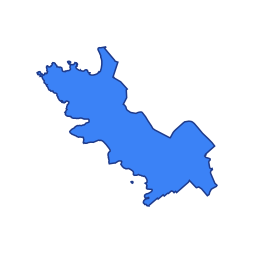 Randwick, New South Wales, Australia (orthographic projection), rotated 129°
{"feature_id": "25037944B39404082196295", "entity_name": "Randwick", "entity_type": "district", "adm_level": 2, "iso_a3": "AUS", "parent_name": "Australia", "parent_adm1": "New South Wales", "projection": "orthographic", "projection_center": [151.246, -33.946], "detail": "fine", "context": "isolated", "style": "filled", "palette": "blue", "viewbox_px": 256, "rotation_deg": 129, "n_neighbors": 0, "source": "geoboundaries", "source_scale": "gbopen_adm2", "svg_char_len": 5984}
<svg xmlns="http://www.w3.org/2000/svg" viewBox="0 0 256 256"><g transform="rotate(129 128 128)"><path d="M97.5,170.7L97.9,171.7L83.2,177.3L84.2,180.1L83.8,181.0L81.7,192.0L80.6,197.1L79.4,196.1L79.1,196.5L82.8,199.7L83.7,200.9L84.5,201.3L85.0,201.3L86.0,200.6L87.4,197.6L88.9,194.8L90.2,193.6L91.0,192.2L92.3,190.6L95.0,188.4L98.3,186.4L101.3,185.2L102.0,185.3L102.4,185.8L102.9,185.5L103.1,185.6L102.9,186.0L103.1,186.0L103.4,185.6L103.8,185.9L105.0,186.0L105.8,186.3L107.4,187.3L108.8,188.4L110.0,189.9L110.6,191.7L109.9,192.6L109.6,192.7L109.2,192.2L109.0,192.3L109.8,193.3L109.6,194.7L108.8,195.7L109.0,196.3L108.8,196.5L109.0,197.1L109.8,197.8L111.6,198.2L112.2,198.8L113.0,200.5L112.9,201.2L113.2,201.0L113.8,202.1L114.2,204.5L114.1,205.5L113.9,206.3L113.2,207.0L112.8,207.0L112.0,206.5L111.4,207.2L110.8,207.1L110.2,207.4L110.1,207.6L111.1,207.6L110.3,208.2L110.3,208.6L110.1,208.6L109.8,209.1L110.3,209.8L110.5,210.4L112.1,210.1L113.2,210.4L115.0,212.7L114.8,213.3L114.1,214.0L113.5,214.3L113.2,213.9L112.9,214.2L113.1,214.4L112.9,214.6L112.9,215.1L113.3,216.0L114.1,216.0L114.1,216.3L114.3,216.4L114.3,216.6L114.6,216.6L114.9,216.1L115.2,214.6L115.4,214.5L115.4,213.9L114.9,213.3L115.2,212.7L115.8,212.0L116.1,212.1L116.2,211.9L117.3,211.4L118.3,209.8L119.1,209.6L120.6,210.1L121.8,211.4L122.7,211.8L123.1,212.5L123.8,212.4L123.8,212.8L124.4,213.2L124.9,214.2L124.8,215.1L123.3,216.8L122.9,217.5L123.4,219.2L123.7,219.4L124.1,219.4L124.5,220.7L125.2,221.9L124.7,222.2L124.2,222.8L124.3,224.2L123.7,225.1L123.8,226.5L124.6,227.6L125.1,227.4L125.7,227.6L125.9,227.1L127.2,226.7L128.2,227.0L128.6,226.7L129.2,226.9L129.3,227.1L130.1,227.5L130.7,228.9L130.4,229.2L130.5,229.3L130.3,229.5L130.4,229.8L131.3,230.1L131.6,229.7L132.5,229.3L133.0,228.3L133.7,227.6L134.4,227.3L134.8,226.0L135.5,226.0L135.9,225.5L136.7,225.4L137.1,225.6L137.3,226.0L137.2,226.4L137.7,227.1L137.9,227.1L138.4,226.6L139.8,226.7L140.2,227.0L140.3,227.5L140.0,228.0L140.1,228.9L140.4,229.3L140.7,229.3L139.7,231.5L139.7,232.0L140.7,232.9L141.0,232.8L142.0,233.4L142.2,232.9L142.5,233.0L143.1,231.9L142.8,231.7L143.0,231.2L142.7,231.0L142.4,230.3L142.3,229.1L142.8,228.9L142.8,228.7L142.3,228.6L142.4,228.2L142.8,228.3L141.9,227.2L142.6,226.7L142.8,226.2L143.0,226.1L143.4,225.4L143.5,224.7L143.8,224.2L143.9,222.9L144.4,222.7L145.1,221.9L145.6,221.7L145.6,221.2L145.4,220.6L145.9,218.6L145.6,218.3L146.1,218.3L146.4,218.0L146.6,217.3L146.6,216.4L148.1,213.6L148.0,212.8L147.6,212.2L147.9,211.6L147.9,211.0L147.1,210.4L146.6,209.4L147.1,209.0L147.2,208.0L147.0,207.0L146.3,206.1L146.3,204.5L147.6,203.6L147.8,202.1L148.5,201.7L149.6,198.6L149.3,197.7L149.5,197.4L148.6,196.9L148.3,196.3L148.3,196.1L149.1,195.9L149.0,195.6L149.5,195.9L149.7,195.6L149.6,195.3L149.1,195.2L149.1,194.4L148.9,194.3L148.9,194.1L148.7,193.5L148.5,193.3L148.0,193.5L147.4,192.8L146.4,193.0L145.7,192.7L145.1,191.5L145.2,190.8L145.0,190.4L145.7,189.8L146.7,189.5L148.1,189.8L148.5,189.4L149.7,189.2L150.9,188.4L151.9,188.2L152.2,187.6L152.0,187.1L155.6,186.8L155.4,186.0L156.6,185.6L157.1,184.4L157.0,182.7L155.0,179.6L155.5,178.7L154.9,176.7L153.3,174.7L153.1,174.1L152.4,173.5L152.1,172.8L150.3,171.4L149.5,170.3L148.7,167.8L146.0,164.4L146.1,163.6L147.6,162.2L148.4,162.2L150.6,163.7L152.3,163.8L153.3,164.1L154.0,164.9L155.4,165.6L156.5,167.3L157.5,168.1L158.0,168.9L159.4,169.5L161.0,169.9L161.4,169.7L164.5,170.9L166.8,171.1L167.5,171.0L168.1,169.9L168.0,168.2L168.1,167.5L167.8,166.9L167.1,164.1L166.8,163.6L166.8,162.3L166.4,161.5L166.4,160.8L165.1,159.6L164.4,158.3L163.4,157.1L163.5,156.6L164.0,156.3L164.7,155.1L167.6,153.5L167.7,152.6L166.9,152.4L166.7,151.5L165.6,150.3L164.5,149.8L162.5,148.1L160.9,145.9L156.1,143.3L155.6,142.7L155.4,141.9L154.8,141.6L154.5,141.1L154.1,139.7L154.1,138.4L154.6,134.5L155.8,129.6L156.5,127.9L157.3,127.3L159.1,127.6L160.4,127.3L160.6,126.9L161.5,126.7L162.4,125.4L163.2,124.9L163.4,124.2L164.0,123.9L165.1,122.3L166.2,121.7L166.5,121.3L167.0,121.0L167.6,120.0L164.1,116.8L163.5,116.2L163.4,115.9L159.7,114.6L158.7,113.7L157.9,112.2L158.1,111.8L159.0,111.2L160.7,110.7L160.7,110.2L161.0,109.8L160.9,109.6L161.5,108.2L161.6,105.8L161.3,105.3L161.0,103.9L159.0,101.9L158.5,99.1L158.6,98.7L158.4,97.8L158.7,96.3L159.5,95.4L160.6,94.8L160.9,93.8L160.6,93.1L159.3,91.6L158.5,91.0L157.6,90.7L157.4,90.1L157.5,89.7L156.5,87.8L156.6,87.3L156.1,86.6L155.9,85.6L155.1,84.9L155.2,83.5L155.9,81.5L156.7,80.2L158.3,79.1L160.1,79.9L160.0,78.6L160.8,77.0L161.3,76.9L161.3,76.7L161.9,76.6L162.4,76.0L163.0,76.0L163.3,75.4L163.3,74.6L160.7,70.8L161.0,70.1L161.7,69.8L163.5,70.0L166.2,71.1L167.7,72.3L169.7,72.8L170.8,72.1L171.6,70.6L170.5,69.3L169.0,68.3L169.3,67.8L169.6,67.7L170.4,68.2L170.4,68.6L170.7,68.8L173.0,69.8L174.5,70.0L175.8,69.5L176.5,68.9L176.6,67.6L176.9,66.9L176.0,65.9L176.4,64.6L176.1,64.4L176.2,63.9L175.5,62.8L175.4,63.0L173.9,62.8L164.1,61.0L164.3,59.9L157.8,58.6L158.1,57.0L153.9,56.2L153.5,55.4L149.7,54.7L149.0,53.3L149.3,51.5L147.3,51.2L147.6,49.6L131.9,46.9L130.1,47.3L131.4,37.6L131.3,37.2L129.3,35.9L129.0,32.4L130.7,23.7L129.0,23.2L128.4,23.2L126.5,24.1L123.3,24.7L121.9,24.3L117.8,22.6L116.5,22.8L116.3,25.7L111.2,35.3L110.5,36.0L109.2,36.6L108.2,36.5L107.3,36.2L106.5,37.2L107.2,37.6L107.5,38.2L107.6,39.0L107.3,39.7L103.6,43.9L102.6,44.2L101.5,44.0L100.4,44.6L100.6,45.9L101.9,49.1L101.5,50.8L99.8,50.5L99.7,51.3L87.5,49.3L87.3,50.1L86.5,53.5L85.9,58.4L85.2,66.8L83.8,73.7L82.8,79.3L82.8,81.8L83.2,83.1L84.4,85.0L87.5,87.8L89.5,88.3L99.5,89.9L101.4,90.1L103.1,90.1L108.9,89.0L109.4,89.8L109.6,90.8L112.6,105.7L112.8,108.3L111.7,111.1L109.9,116.9L108.2,121.5L107.0,126.7L107.1,127.5L107.8,128.5L109.5,129.9L111.6,131.0L112.1,131.8L114.3,135.8L114.6,139.5L114.5,140.4L114.2,141.2L112.9,143.0L112.4,145.2L112.5,146.6L105.3,148.1L99.5,153.3L98.2,153.1L96.7,162.8L97.9,170.5L97.5,170.7ZM167.3,91.5L167.9,91.8L168.1,91.5L168.2,91.0L167.5,90.8L168.2,90.1L168.2,89.9L167.5,89.7L166.9,90.1L166.7,90.7L167.3,91.5Z" fill="#3b82f6" stroke="#1e3a8a" stroke-width="1.5"/></g></svg>